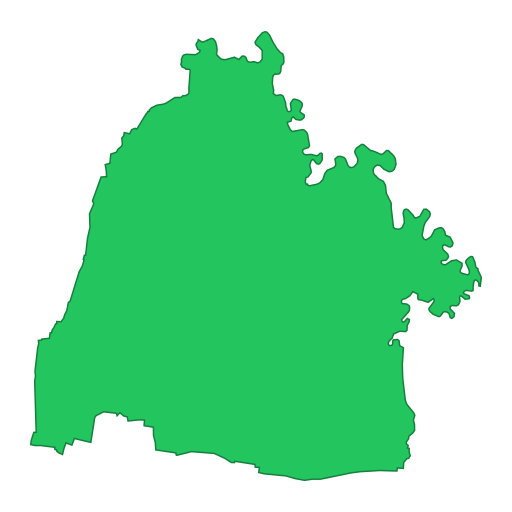 outline of Khaen Dong, Buri Ram, Thailand
{"feature_id": "78962969B83318821115464", "entity_name": "Khaen Dong", "entity_type": "district", "adm_level": 2, "iso_a3": "THA", "parent_name": "Thailand", "parent_adm1": "Buri Ram", "projection": "natural_earth1", "projection_center": [103.156, 15.325], "detail": "fine", "context": "isolated", "style": "filled", "palette": "green", "viewbox_px": 512, "rotation_deg": 0, "n_neighbors": 0, "source": "geoboundaries", "source_scale": "gbopen_adm2", "svg_char_len": 5995}
<svg xmlns="http://www.w3.org/2000/svg" viewBox="0 0 512 512"><path d="M304.6,480.3L312.3,479.2L320.4,479.2L350.4,473.0L360.0,471.7L379.6,470.5L396.9,471.0L397.4,467.9L403.3,468.4L403.7,462.4L406.9,458.6L408.7,458.2L410.2,455.8L409.1,452.0L409.2,448.4L407.4,448.0L408.2,445.6L406.3,443.7L406.3,442.1L408.6,438.7L408.8,436.3L413.0,432.7L414.6,430.4L414.5,424.5L413.4,420.1L414.8,415.3L413.7,412.8L407.1,404.7L405.9,402.2L405.2,399.3L402.7,378.0L402.3,364.7L403.4,347.7L399.7,345.7L399.1,340.8L397.6,339.5L393.3,339.9L392.8,340.8L392.7,344.0L391.7,345.4L389.3,345.6L388.2,343.6L388.9,341.2L392.0,338.4L393.7,333.9L399.9,331.2L405.6,331.6L407.0,330.4L407.2,325.4L409.2,321.6L409.4,319.5L407.3,318.5L404.4,321.7L403.1,322.1L402.0,321.3L401.6,319.6L408.8,311.6L409.5,309.7L409.6,307.0L409.0,305.5L406.6,304.0L402.1,303.6L401.4,302.1L401.6,300.6L402.6,299.2L405.3,298.7L409.7,295.9L412.9,291.6L417.8,294.2L417.9,298.9L418.5,299.7L421.4,300.0L428.0,302.3L433.5,298.6L434.2,300.0L433.9,301.7L428.9,308.5L429.1,310.1L430.1,311.6L433.0,314.2L438.9,316.7L440.4,316.0L443.3,312.2L444.5,311.7L446.6,311.9L448.9,313.3L450.3,317.7L451.9,318.4L454.0,316.7L454.5,313.4L450.1,308.7L450.2,306.6L452.0,305.5L456.5,305.8L458.4,304.8L460.0,301.4L459.5,297.1L460.1,296.0L461.4,296.1L465.1,299.2L469.2,298.7L469.6,297.4L469.1,295.8L464.1,293.8L463.5,293.1L463.7,292.1L464.5,291.1L466.3,290.4L471.6,291.1L473.1,290.6L473.0,287.1L473.8,282.2L474.3,280.6L475.2,280.0L476.5,280.2L478.1,281.7L478.9,283.4L478.9,285.9L480.3,286.2L481.3,277.4L478.0,270.3L478.0,268.8L475.9,267.3L474.8,261.8L472.6,256.7L470.9,256.5L469.1,257.5L466.4,260.1L465.8,261.4L465.7,262.5L468.8,269.2L469.5,272.0L468.9,274.1L467.6,274.8L462.1,273.4L460.3,272.2L460.1,270.6L462.1,265.9L462.0,263.3L456.4,259.9L451.4,260.9L445.6,264.7L443.7,264.7L441.6,263.6L441.1,262.0L441.6,260.7L446.0,260.2L447.6,258.6L448.5,256.7L447.8,254.2L443.2,249.8L442.5,247.6L442.8,245.5L444.8,244.7L448.5,246.7L450.5,247.0L452.3,245.8L453.0,242.9L450.1,237.1L445.5,235.2L444.8,231.6L442.9,228.6L441.5,227.7L439.1,227.9L434.6,229.9L431.3,236.3L428.3,238.6L425.9,239.9L423.7,238.9L422.1,235.4L423.8,226.3L425.3,222.4L429.6,216.7L430.3,213.9L429.5,211.7L426.4,209.2L423.8,209.3L419.9,216.3L415.9,218.0L414.3,217.4L413.2,215.3L407.9,209.7L406.2,209.1L404.6,209.6L403.7,210.7L403.1,213.2L404.0,217.8L404.3,222.9L402.1,227.5L400.1,228.9L397.7,229.2L395.1,228.7L393.5,227.4L391.2,207.8L391.2,203.2L386.3,193.3L385.5,185.4L383.4,181.4L378.6,178.8L373.9,174.1L373.1,171.1L373.5,168.5L375.1,166.4L377.0,165.1L380.2,165.6L383.7,169.1L388.4,171.5L390.0,171.7L392.4,171.0L394.3,169.2L396.0,164.4L395.3,158.8L393.7,155.8L388.5,150.7L386.5,150.5L383.0,153.9L381.0,154.4L374.5,151.5L370.3,150.3L363.5,144.6L361.6,144.4L356.3,148.3L354.8,151.0L355.0,153.1L357.4,157.8L357.9,160.2L357.2,163.4L353.8,167.0L351.3,167.6L349.3,167.0L348.1,165.7L345.4,158.9L343.9,157.5L340.8,156.4L337.9,156.5L335.0,158.9L335.8,164.5L335.1,166.4L333.5,167.7L327.3,170.2L324.9,173.4L322.8,179.7L319.6,183.0L316.8,184.3L309.3,185.8L307.8,185.1L307.6,184.1L306.2,184.3L305.3,181.9L305.8,177.6L308.1,176.8L311.1,172.8L311.2,171.0L309.7,165.4L311.0,161.1L312.5,159.5L313.4,159.6L316.6,163.7L318.7,164.1L319.9,163.5L322.2,160.0L322.2,153.8L321.3,153.1L319.9,153.4L318.4,155.1L316.6,155.8L311.0,154.4L305.6,154.9L303.8,153.9L302.6,152.3L302.8,150.0L303.9,149.0L308.3,147.6L309.5,145.8L307.6,134.5L306.7,132.4L304.3,130.1L302.7,129.6L292.2,131.5L290.4,129.8L287.7,124.5L287.4,122.2L291.0,121.2L291.7,118.1L293.1,116.9L295.8,119.4L299.5,120.1L301.2,119.9L303.7,118.0L304.3,116.7L304.2,114.9L300.4,112.4L299.9,111.2L302.1,106.2L302.3,104.0L301.7,102.7L299.3,100.6L294.6,99.1L293.1,99.4L290.4,103.5L291.3,110.3L289.9,111.6L288.2,111.6L287.0,110.4L287.0,109.3L285.9,106.5L285.6,102.9L283.3,96.3L281.7,95.1L280.3,94.8L276.1,95.6L273.3,93.5L273.7,90.5L272.3,83.4L272.7,77.4L273.3,75.5L274.5,74.2L278.7,74.0L279.9,73.1L280.7,71.4L281.2,65.7L283.3,63.7L283.9,62.2L283.7,56.6L282.6,53.7L280.7,52.8L277.1,48.9L273.2,42.7L269.6,35.2L267.1,32.3L265.3,31.7L262.4,32.7L257.9,37.6L255.3,41.7L255.2,43.2L256.3,45.0L258.7,46.7L262.2,50.4L262.2,59.3L259.9,62.0L257.8,62.9L253.8,61.6L250.0,62.3L248.1,61.7L247.2,60.9L245.9,57.3L243.8,56.0L242.0,56.2L238.8,59.5L234.5,57.2L225.3,59.7L221.8,59.3L219.6,57.8L216.9,54.9L216.5,53.6L217.1,50.2L216.6,45.8L215.4,41.5L213.4,38.9L211.2,38.4L203.1,42.1L201.7,41.9L198.3,39.6L197.9,41.3L196.3,43.6L196.1,45.1L197.8,49.4L200.1,50.4L199.4,52.4L195.7,54.7L186.2,54.3L183.9,54.9L182.7,56.1L181.4,59.3L181.5,62.1L180.9,64.6L182.2,67.1L184.6,67.9L185.8,69.2L189.5,69.3L190.2,70.4L188.9,87.8L189.0,92.5L188.4,94.0L185.7,95.6L182.9,95.7L181.1,97.4L174.9,97.5L166.4,103.0L163.2,104.2L156.8,105.2L151.4,107.9L149.3,110.0L149.3,111.3L147.8,111.5L147.7,112.6L146.5,113.3L136.8,129.1L135.0,128.3L131.6,129.7L129.7,133.8L124.3,132.6L123.7,135.9L121.8,138.0L122.4,144.4L121.4,146.4L118.0,149.2L116.4,152.2L110.8,154.1L109.9,163.3L105.2,164.6L106.2,170.1L106.6,176.7L101.1,177.0L92.6,200.6L92.6,201.6L93.6,202.6L93.5,204.4L89.5,213.8L90.0,227.2L87.5,238.4L85.6,255.3L84.4,255.2L83.3,259.4L84.1,259.8L82.4,265.9L79.2,271.7L70.1,301.2L68.4,302.3L66.8,310.6L64.8,314.4L63.7,318.1L61.1,321.7L56.8,321.5L56.7,323.7L55.6,323.9L53.9,327.7L52.4,329.6L51.5,332.8L50.1,332.9L49.4,338.3L41.8,339.1L41.8,340.1L38.4,340.4L38.7,343.7L37.7,347.8L35.0,371.4L35.5,376.0L34.7,380.9L36.2,432.3L33.8,432.4L31.3,440.2L30.7,444.6L35.5,445.6L40.5,445.5L54.9,447.3L54.8,449.4L56.7,449.9L56.7,451.1L58.5,452.7L62.5,454.5L63.9,448.7L66.0,442.9L71.9,445.1L74.4,438.5L90.8,442.4L94.7,417.7L96.0,415.7L103.6,411.8L116.0,413.2L116.6,413.6L117.1,415.7L119.9,412.7L123.8,416.0L127.2,416.8L128.1,421.0L138.6,419.9L144.5,420.0L144.1,425.7L153.4,427.2L153.5,435.3L155.3,442.5L155.8,449.9L175.9,452.9L176.2,454.9L176.8,455.3L191.5,451.6L214.2,453.4L225.0,458.4L231.3,462.5L234.5,462.6L234.9,461.3L255.0,464.4L255.2,467.1L259.4,467.4L258.7,472.5L264.3,473.8L285.9,475.9L295.3,478.6L304.6,480.3Z" fill="#22c55e" stroke="#15803d" stroke-width="1.5"/></svg>